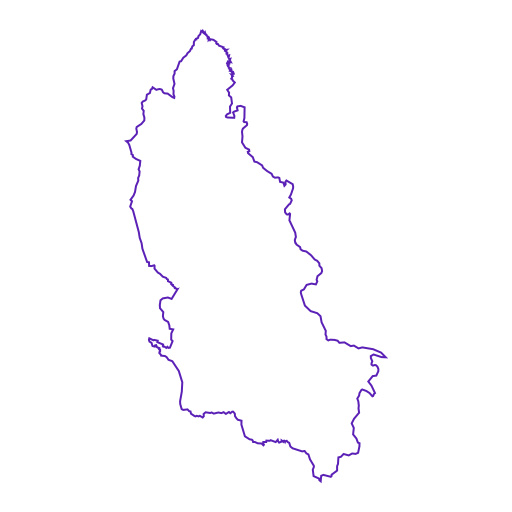 Kaeng Khoi, Saraburi, Thailand (Robinson projection)
{"feature_id": "78962969B58188508241949", "entity_name": "Kaeng Khoi", "entity_type": "district", "adm_level": 2, "iso_a3": "THA", "parent_name": "Thailand", "parent_adm1": "Saraburi", "projection": "robinson", "projection_center": [101.053, 14.576], "detail": "fine", "context": "isolated", "style": "outline", "palette": "violet", "viewbox_px": 512, "rotation_deg": 0, "n_neighbors": 0, "source": "geoboundaries", "source_scale": "gbopen_adm2", "svg_char_len": 5998}
<svg xmlns="http://www.w3.org/2000/svg" viewBox="0 0 512 512"><path d="M320.7,481.3L321.2,475.8L323.4,474.9L330.8,476.8L331.5,476.2L331.6,474.7L337.1,470.6L337.1,466.2L338.0,463.9L338.4,457.4L340.9,456.8L343.6,454.0L348.7,455.4L352.2,453.5L355.6,453.9L358.1,452.8L359.4,446.5L359.5,443.2L357.9,442.6L356.4,438.5L353.1,434.4L353.8,428.0L351.7,423.4L354.0,418.8L359.1,412.7L358.5,408.4L358.8,405.6L358.3,401.3L357.3,398.6L359.1,395.6L359.5,393.1L361.4,390.0L362.2,389.5L366.2,390.9L369.5,393.0L372.4,396.3L373.1,396.0L374.0,393.9L375.0,393.1L371.5,385.7L368.3,381.5L372.7,376.1L376.3,375.6L378.3,371.3L378.4,369.1L377.5,366.8L376.1,365.3L374.9,365.0L372.9,365.6L371.5,364.6L371.5,363.4L372.3,361.2L370.9,358.2L370.8,356.1L373.6,354.5L381.5,357.1L385.7,357.3L381.1,352.6L373.1,349.2L362.3,347.4L358.5,348.4L353.9,345.6L350.7,346.1L344.5,342.4L339.4,342.8L337.6,340.7L334.5,339.9L330.2,339.7L328.3,340.4L326.5,339.1L326.5,336.7L325.5,334.5L325.8,330.9L321.6,322.3L320.5,316.2L317.3,313.2L310.6,311.1L304.9,305.6L301.0,293.6L300.8,292.3L301.2,290.7L303.9,289.4L306.6,284.9L311.5,283.6L315.9,284.4L317.3,281.3L316.6,279.8L317.5,276.2L321.3,273.1L322.1,271.1L321.6,268.2L319.4,265.7L319.3,263.3L317.2,260.8L314.7,259.5L311.0,255.2L306.3,251.5L302.6,250.7L300.6,249.3L300.1,247.1L296.3,244.4L296.1,243.4L295.3,242.9L294.8,240.0L295.9,236.9L295.2,232.6L289.4,220.3L290.1,214.0L289.6,213.4L287.9,214.6L286.6,214.3L285.1,212.3L284.9,209.3L288.9,204.5L290.1,203.8L291.7,200.4L291.2,198.8L289.3,197.5L291.0,194.4L293.0,188.5L293.2,186.9L292.7,184.2L286.4,180.5L285.5,181.7L285.6,184.5L284.4,185.8L283.4,182.6L280.1,181.9L279.3,177.9L278.0,177.4L274.9,177.7L272.9,176.5L271.6,173.8L267.3,171.2L263.1,167.8L262.1,165.4L257.1,162.2L254.4,161.6L252.8,157.2L248.1,153.2L247.8,151.8L249.3,151.2L249.1,149.6L245.4,147.8L242.0,142.4L242.5,136.3L242.0,131.9L242.3,130.1L242.9,128.6L246.9,125.2L247.2,123.9L246.6,122.2L244.2,122.1L243.6,121.4L244.4,118.1L244.6,107.3L240.6,105.9L237.4,106.4L236.9,107.3L237.6,110.4L234.1,111.6L233.1,112.4L234.4,116.0L234.2,117.8L227.5,117.5L226.1,117.0L225.8,116.0L227.0,114.4L230.2,112.8L230.0,106.6L232.0,103.5L231.2,97.4L228.9,95.4L229.1,92.7L227.2,89.8L232.7,85.3L234.8,82.5L232.6,80.4L232.4,79.4L231.3,78.7L232.1,77.5L232.0,76.3L232.7,76.1L231.5,74.6L232.7,74.9L232.9,73.6L233.7,73.6L233.1,71.9L232.4,72.0L232.7,72.8L232.1,72.7L231.5,70.1L231.0,71.3L230.0,70.9L230.7,70.1L229.6,69.3L229.9,68.1L228.8,67.9L228.8,67.0L228.1,66.4L228.5,65.7L227.9,65.1L226.7,64.9L228.0,64.6L227.0,63.4L227.3,62.8L227.6,63.3L228.1,63.0L228.0,61.4L228.6,61.4L228.6,63.1L228.8,62.5L229.5,63.2L229.9,61.7L230.8,62.0L229.8,60.1L230.3,58.8L229.2,59.1L228.2,56.9L228.9,56.4L229.1,55.4L227.9,55.8L227.2,54.5L227.3,53.6L226.6,53.5L227.1,52.5L225.3,51.1L226.8,49.8L224.9,50.0L224.9,49.1L223.6,48.8L223.0,48.1L223.5,47.3L218.9,45.6L217.9,44.0L216.8,44.0L216.2,43.2L216.5,42.0L213.4,39.8L210.8,39.3L210.1,40.1L209.5,39.0L208.7,39.8L208.9,37.3L208.2,36.8L208.2,37.7L207.7,38.0L207.6,36.4L206.3,35.3L206.5,34.9L205.4,33.8L205.0,32.5L204.4,33.6L203.2,32.6L203.3,31.7L202.7,30.7L202.0,31.6L201.2,31.0L200.2,34.3L198.4,36.2L198.1,37.9L196.0,38.8L196.2,39.5L195.2,39.8L193.9,42.0L193.8,45.2L192.3,46.4L191.7,48.6L191.0,48.7L189.9,51.1L187.5,53.2L186.3,55.4L183.3,57.7L181.1,61.2L179.6,61.6L176.9,69.3L174.6,71.1L174.6,73.6L173.4,76.1L173.3,78.5L174.5,83.9L173.0,88.2L173.6,90.8L173.5,94.4L174.4,96.5L174.2,97.9L172.5,97.2L167.7,93.6L164.4,93.3L163.0,92.2L161.9,89.8L161.0,89.3L159.3,89.0L156.3,89.8L152.6,87.3L151.9,89.0L150.7,89.6L149.9,93.0L146.9,94.7L146.2,99.4L145.3,100.4L142.7,101.6L141.7,103.0L142.5,106.2L142.0,108.6L143.7,110.8L143.4,114.2L144.4,117.6L144.3,120.5L141.3,124.0L136.7,127.0L136.3,128.7L137.0,132.0L136.7,133.9L130.6,140.5L126.3,141.2L128.1,142.7L129.3,145.0L131.5,152.7L131.4,154.1L132.9,155.1L132.8,156.7L135.9,158.9L140.3,160.9L139.8,165.7L138.6,169.3L139.6,171.4L139.2,175.5L138.1,178.1L138.3,180.6L136.0,186.0L135.0,192.0L133.6,195.5L130.5,199.8L132.0,201.2L130.2,206.6L131.4,208.5L132.3,208.9L133.2,211.1L138.8,232.1L139.7,237.8L141.6,243.2L142.4,248.7L147.1,262.0L149.0,262.3L149.1,265.9L151.5,266.1L154.2,265.3L154.6,265.8L154.5,268.6L157.9,272.6L160.0,273.8L162.8,276.7L166.2,277.9L166.9,279.1L167.9,279.5L168.0,281.2L171.3,282.7L171.6,283.8L171.2,284.1L172.1,285.0L172.9,285.0L172.8,285.8L175.0,287.5L174.9,288.2L176.7,288.7L176.9,289.6L177.4,289.4L171.6,298.9L167.9,297.5L162.8,298.4L160.5,300.3L159.8,305.1L160.0,308.2L163.3,312.1L162.9,316.2L163.6,318.7L164.5,319.9L168.1,321.9L169.3,325.3L169.7,328.8L173.2,329.4L171.3,333.4L171.2,339.6L172.6,341.1L169.9,347.7L168.4,347.9L167.4,346.8L166.3,347.9L164.3,346.5L163.3,346.7L162.8,346.1L163.1,344.5L157.4,342.2L157.7,340.7L154.1,339.9L153.4,340.3L149.3,338.3L148.9,339.8L149.5,341.6L151.5,342.8L152.5,346.0L154.7,346.6L154.9,345.5L156.1,345.1L157.0,347.2L158.9,347.9L158.5,348.3L158.9,349.0L160.1,349.4L160.1,351.2L159.7,351.1L159.3,353.0L161.0,354.9L161.1,355.6L165.1,356.1L166.7,357.2L168.5,359.8L172.3,361.2L178.8,371.0L182.3,382.3L181.8,391.6L180.1,401.2L180.2,404.0L181.7,409.2L183.3,409.9L187.5,409.4L189.2,411.2L190.5,411.5L191.0,413.7L194.6,416.1L195.5,416.4L196.7,415.8L198.6,416.4L199.8,415.8L202.7,417.5L203.8,416.2L203.6,414.0L205.6,412.3L210.2,413.0L211.6,412.5L213.8,413.6L218.3,412.5L221.5,413.1L223.6,412.2L225.9,413.9L228.9,412.0L230.3,413.2L232.2,411.7L233.2,411.7L234.8,413.6L235.0,416.1L236.5,418.4L237.9,419.8L241.5,420.7L241.4,424.6L244.9,436.3L249.6,439.3L251.9,439.7L252.7,440.5L253.1,442.0L254.9,442.0L257.7,443.3L261.6,443.5L263.4,445.3L263.9,444.7L263.2,443.3L263.3,442.0L266.2,442.0L266.4,440.6L269.8,440.8L270.7,440.2L275.7,442.1L277.7,439.8L278.1,441.3L279.1,442.6L281.6,441.6L281.6,440.5L283.2,441.8L283.6,440.8L284.3,440.7L285.0,441.9L285.2,441.3L286.7,440.8L287.6,442.0L289.2,442.8L290.4,446.5L292.6,448.3L302.2,451.4L304.6,451.0L306.4,453.4L308.4,454.4L310.0,459.4L313.8,465.7L313.9,466.8L312.8,469.7L313.6,476.1L319.1,478.6L319.4,480.2L320.7,481.3Z" fill="none" stroke="#5b21b6" stroke-width="2"/></svg>